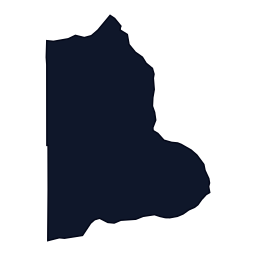 Benton, Washington, United States of America (Mercator projection)
{"feature_id": "52423323B67037278576088", "entity_name": "Benton", "entity_type": "district", "adm_level": 2, "iso_a3": "USA", "parent_name": "United States of America", "parent_adm1": "Washington", "projection": "mercator", "projection_center": [-119.362, 46.282], "detail": "fine", "context": "isolated", "style": "filled", "palette": "ink", "viewbox_px": 256, "rotation_deg": 0, "n_neighbors": 0, "source": "geoboundaries", "source_scale": "gbopen_adm2", "svg_char_len": 963}
<svg xmlns="http://www.w3.org/2000/svg" viewBox="0 0 256 256"><path d="M46.8,40.7L46.3,57.3L46.8,64.6L46.9,145.4L48.1,145.4L48.2,189.2L47.8,240.6L59.3,237.7L64.5,238.2L82.5,235.4L90.6,223.2L94.6,219.7L99.6,218.2L107.8,222.4L114.2,223.0L120.8,220.2L124.0,220.0L135.8,219.2L143.1,216.3L154.5,214.6L160.0,216.4L165.3,217.6L169.8,217.7L177.4,216.3L183.1,213.9L188.7,209.9L194.7,207.2L197.9,204.7L201.6,199.5L202.2,198.8L202.5,198.6L206.1,194.6L209.7,192.5L208.6,186.5L209.5,183.0L208.8,178.6L205.0,170.4L203.8,164.4L196.9,155.1L192.2,151.0L191.2,150.1L181.2,144.4L177.7,143.0L171.6,142.4L163.9,140.2L157.8,133.4L153.1,130.6L152.8,127.7L155.7,120.1L154.6,112.4L152.4,106.1L152.8,97.7L154.2,89.5L153.3,78.1L154.0,74.1L152.4,68.4L146.1,63.2L142.4,57.2L135.3,52.2L129.0,44.5L127.3,34.5L120.1,30.0L120.3,27.7L120.9,26.1L114.6,18.4L110.1,15.4L97.9,30.1L91.4,35.7L84.3,37.6L75.4,35.4L68.3,38.8L53.4,41.4L46.8,40.7Z" fill="#0f172a" stroke="#020617" stroke-width="1.5"/></svg>